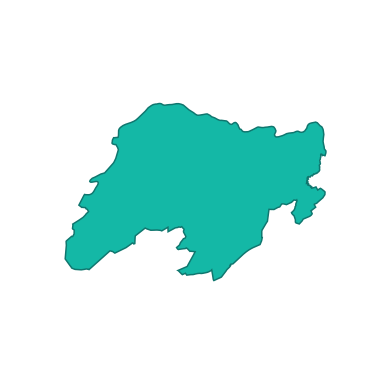 outline of Padures pag., Kuldigas, Latvia, rotated 319°
{"feature_id": "27541924B64598034075876", "entity_name": "Padures pag.", "entity_type": "district", "adm_level": 2, "iso_a3": "LVA", "parent_name": "Latvia", "parent_adm1": "Kuldigas", "projection": "equal_earth", "projection_center": [21.889, 57.036], "detail": "fine", "context": "isolated", "style": "filled", "palette": "teal", "viewbox_px": 384, "rotation_deg": 319, "n_neighbors": 0, "source": "geoboundaries", "source_scale": "gbopen_adm2", "svg_char_len": 5965}
<svg xmlns="http://www.w3.org/2000/svg" viewBox="0 0 384 384"><g transform="rotate(319 192 192)"><path d="M115.0,193.4L119.4,188.8L120.5,187.9L133.0,188.5L133.7,190.2L135.8,193.8L137.0,194.8L140.6,197.7L143.0,200.2L143.7,201.5L150.7,202.8L147.9,206.3L155.9,208.1L158.1,209.5L159.1,209.6L160.1,211.0L161.5,211.4L161.5,212.1L161.4,212.2L161.6,214.9L161.2,215.2L159.9,215.9L159.3,216.8L158.2,221.5L156.8,222.3L155.1,221.8L154.9,221.6L154.5,221.8L150.2,222.6L147.7,223.8L143.9,223.8L143.7,225.6L144.0,226.5L144.8,226.9L148.6,229.4L149.6,230.2L151.0,230.5L151.4,232.2L151.5,235.5L152.1,235.8L155.2,239.1L152.0,240.4L140.3,244.7L139.8,245.0L140.0,245.2L129.9,242.0L130.1,242.5L130.3,246.3L130.5,248.0L133.7,249.0L133.5,251.3L136.8,253.5L138.6,255.0L139.9,255.7L141.0,256.2L142.9,257.3L144.8,258.7L145.3,259.4L146.6,260.3L149.2,261.8L151.1,262.8L153.0,263.4L154.9,263.8L155.8,263.7L152.2,269.6L150.8,271.8L150.4,272.8L150.4,273.2L158.4,275.5L166.1,273.9L167.3,273.5L171.0,273.3L172.7,272.9L172.4,272.4L173.7,271.9L175.8,273.1L190.1,272.6L193.5,272.7L196.7,273.0L199.4,273.5L201.5,274.0L208.9,276.3L212.5,274.5L215.2,272.4L214.9,272.0L218.9,267.4L220.3,266.5L220.6,266.5L228.1,264.0L229.7,263.6L238.7,255.6L242.4,259.0L246.8,260.0L247.7,260.5L248.5,260.8L251.4,260.0L251.8,260.0L252.1,260.0L253.5,261.3L255.0,263.5L260.3,265.1L263.7,264.9L265.3,266.9L265.8,266.8L265.5,267.5L262.4,269.2L261.4,270.4L260.3,270.7L258.8,271.9L256.8,272.7L255.9,272.7L254.7,272.9L253.7,272.7L253.3,273.5L253.2,275.0L253.4,276.9L252.0,280.4L251.3,281.4L250.3,282.5L250.2,283.6L252.0,286.5L255.9,286.1L258.2,285.4L265.0,287.6L266.8,287.7L268.4,287.3L269.4,284.6L269.4,284.3L275.4,284.6L275.9,282.0L276.3,281.5L278.8,282.3L280.7,282.2L286.9,282.2L290.5,281.2L292.4,279.3L292.4,278.3L291.9,275.5L291.4,273.6L291.2,273.4L288.2,273.0L288.8,269.9L288.9,269.5L287.3,268.9L285.0,267.7L285.3,267.3L285.3,267.0L285.6,266.8L285.5,266.7L285.2,266.5L284.9,266.6L284.9,266.4L285.1,266.2L285.5,266.2L285.4,265.9L284.9,265.8L285.0,265.6L285.5,265.5L285.4,265.1L285.1,265.2L285.3,264.4L285.0,264.0L284.5,263.7L284.2,263.1L284.7,263.1L284.9,262.9L284.5,262.3L285.1,262.1L284.5,261.6L284.3,261.4L284.3,261.2L285.1,261.3L285.3,261.1L285.3,260.9L286.0,260.6L285.7,260.3L284.8,260.2L285.3,259.9L285.2,259.6L285.8,259.4L285.7,259.3L286.3,258.6L286.6,258.7L286.5,258.9L286.9,258.8L287.0,258.7L286.9,258.5L287.1,258.3L287.3,258.3L287.6,258.6L288.1,258.6L288.0,258.3L288.0,258.1L288.3,258.1L288.7,257.8L288.8,257.7L288.6,257.0L288.9,256.9L288.6,256.8L289.0,256.6L289.5,256.9L289.8,256.7L290.0,256.8L290.1,257.1L290.3,257.1L290.4,257.6L291.0,258.2L291.3,258.0L291.7,258.1L292.1,257.9L293.0,257.9L293.2,258.0L292.8,258.2L293.4,258.2L293.9,258.4L293.7,258.5L293.7,258.8L294.7,258.5L295.6,258.5L295.5,258.4L295.8,258.3L295.9,258.7L295.9,258.8L297.3,259.2L297.7,259.5L297.8,259.5L297.7,259.2L298.1,259.2L298.2,259.4L298.3,259.5L298.8,259.6L299.2,259.9L299.7,259.7L300.2,259.7L301.2,259.8L302.6,259.3L302.9,259.1L303.5,258.1L303.9,257.8L304.0,257.5L304.4,257.2L304.8,257.0L305.1,256.2L305.6,255.4L305.9,255.2L307.0,255.1L307.5,254.8L307.9,254.3L308.0,253.6L308.6,253.1L308.7,252.9L308.9,252.2L309.5,251.7L310.3,251.5L311.4,250.4L312.3,250.0L312.5,249.7L313.4,248.5L313.9,248.0L314.3,248.1L314.5,248.3L314.6,248.6L314.8,248.9L314.8,249.1L314.5,249.5L314.4,249.9L314.4,250.1L315.1,250.3L315.7,250.8L315.9,251.6L316.2,251.9L318.7,250.3L320.0,248.9L320.2,246.3L321.2,244.8L321.6,244.2L322.6,242.3L324.1,239.8L326.6,237.4L329.2,235.1L331.7,231.3L332.3,229.8L332.7,228.0L332.1,225.9L332.0,222.0L331.2,220.4L327.5,218.3L326.0,217.6L324.3,217.3L322.6,217.8L320.3,219.2L318.7,219.5L317.3,219.9L315.5,219.7L314.0,219.0L312.8,217.7L312.0,215.9L311.2,215.1L310.1,214.6L307.6,213.8L303.8,211.2L301.6,210.0L299.5,209.5L297.2,208.8L293.5,207.1L291.6,205.7L291.3,204.3L291.6,203.3L292.2,202.6L294.6,201.6L295.5,200.8L296.2,198.7L296.4,196.9L296.1,196.0L295.1,194.7L291.4,192.4L289.8,191.2L288.3,190.3L287.2,189.4L284.6,186.4L283.8,186.0L279.1,184.9L274.5,183.6L273.5,183.0L271.2,181.2L270.2,179.8L270.0,179.2L270.1,176.9L269.4,175.9L269.9,173.7L270.7,171.6L270.8,170.3L270.7,168.6L270.2,167.8L269.0,167.3L266.8,167.1L265.9,166.7L265.1,165.2L264.9,162.0L264.6,161.0L261.5,157.5L260.1,156.3L259.0,154.3L257.8,151.0L256.2,148.1L255.9,146.1L255.2,144.3L254.7,143.1L253.8,142.4L249.8,140.0L247.6,138.6L246.4,137.5L245.7,135.8L245.2,133.2L243.6,128.0L242.5,120.7L241.3,118.5L239.9,116.6L238.1,115.1L234.2,112.8L232.1,111.1L230.2,109.8L228.4,108.7L227.4,107.4L226.7,105.3L226.3,104.7L225.8,104.1L225.0,103.5L222.8,102.3L222.1,101.7L221.0,101.1L220.1,100.6L218.0,100.1L214.3,99.7L209.6,100.4L199.5,100.9L196.9,100.9L194.6,100.5L191.7,99.6L186.3,97.4L183.6,96.6L180.5,96.3L179.5,96.4L178.5,96.6L177.1,97.3L173.5,101.2L172.1,102.2L171.3,101.8L170.3,100.9L170.0,100.8L169.5,100.5L168.5,99.6L166.4,100.4L165.3,101.2L165.0,101.6L163.7,102.6L163.6,103.6L164.3,104.7L164.5,105.2L165.7,106.3L165.6,107.0L165.4,107.7L165.1,109.4L164.4,111.3L164.0,111.9L156.6,116.6L153.2,118.1L151.6,118.6L138.6,120.3L134.9,118.6L128.9,117.2L125.7,116.2L123.1,116.3L122.3,116.6L121.8,116.9L121.8,117.8L122.1,118.2L122.9,118.9L126.5,121.1L127.1,121.7L127.5,122.3L127.5,122.8L127.4,123.3L126.6,124.2L125.0,124.9L121.8,125.8L118.9,126.9L117.1,127.4L116.0,127.5L115.2,127.5L113.3,127.0L112.3,126.4L109.9,124.2L109.4,123.4L108.6,123.5L98.0,127.7L98.7,131.3L99.5,131.9L100.2,132.8L101.4,133.9L101.0,135.1L101.6,136.4L101.1,138.9L97.5,139.1L96.5,139.4L93.3,139.7L88.7,139.2L80.9,138.0L80.7,138.6L77.8,141.2L77.7,141.6L78.1,143.0L77.9,143.7L75.5,146.3L72.7,147.3L72.1,146.5L66.0,146.5L64.7,146.6L64.1,147.3L62.2,149.8L52.4,159.3L51.6,167.9L51.6,169.0L51.3,170.4L52.2,172.3L53.0,173.7L57.4,178.1L59.9,179.7L61.5,180.6L62.0,181.0L62.9,182.2L63.2,182.5L64.3,182.9L64.2,183.0L91.3,182.6L91.9,183.1L92.4,184.0L93.1,184.9L93.4,186.5L93.6,187.0L93.7,187.5L105.7,190.7L112.1,191.3L113.5,191.3L114.0,192.1L114.0,193.0L115.0,193.4Z" fill="#14b8a6" stroke="#0f766e" stroke-width="1.5"/></g></svg>